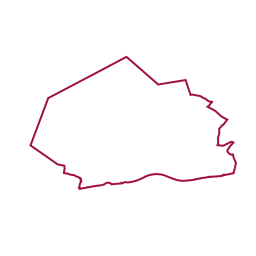 the district of Borsele, Zeeland, Netherlands, rotated 166°
{"feature_id": "6326949B66148717783622", "entity_name": "Borsele", "entity_type": "district", "adm_level": 2, "iso_a3": "NLD", "parent_name": "Netherlands", "parent_adm1": "Zeeland", "projection": "natural_earth1", "projection_center": [3.797, 51.429], "detail": "fine", "context": "isolated", "style": "outline", "palette": "rose", "viewbox_px": 256, "rotation_deg": 166, "n_neighbors": 0, "source": "geoboundaries", "source_scale": "gbopen_adm2", "svg_char_len": 4378}
<svg xmlns="http://www.w3.org/2000/svg" viewBox="0 0 256 256"><g transform="rotate(166 128 128)"><path d="M226.8,134.7L205.1,109.8L204.8,109.6L204.5,109.5L200.9,107.7L199.1,106.9L198.9,106.8L198.9,106.3L199.0,105.8L199.3,103.9L200.0,102.4L200.1,102.1L200.4,101.5L200.5,101.4L200.6,101.2L201.1,99.9L200.9,99.8L200.4,99.5L200.0,99.3L199.7,99.1L199.4,99.1L198.2,98.6L197.9,98.5L197.5,98.3L197.2,98.1L196.0,97.2L195.9,97.1L195.3,96.8L194.7,96.5L194.4,96.3L193.0,95.8L192.7,95.7L192.1,95.6L190.8,94.5L190.5,94.2L190.3,94.1L189.8,93.4L189.7,93.3L189.6,93.2L189.0,92.9L188.7,92.8L188.4,92.6L188.1,92.3L188.0,92.2L186.8,91.4L186.7,91.2L186.8,90.9L186.9,90.7L185.8,89.8L185.8,89.7L186.2,89.2L186.4,88.9L186.5,88.7L186.7,88.2L186.7,87.9L186.4,87.8L186.4,87.7L186.3,87.4L186.5,87.3L186.8,87.1L187.0,87.0L187.2,86.8L187.2,86.7L187.3,86.6L187.6,86.1L188.0,85.5L188.2,85.4L188.3,85.1L188.9,83.8L189.6,82.6L189.7,82.4L190.0,82.1L189.7,81.9L189.1,81.5L189.6,80.7L188.7,80.6L186.1,80.4L182.9,80.2L182.7,80.2L182.3,80.3L182.3,80.2L177.6,79.9L176.0,79.8L175.0,79.7L173.9,79.6L172.3,79.5L171.3,79.3L169.1,79.1L167.9,79.0L167.0,78.9L166.5,78.9L166.2,78.9L165.7,78.9L165.2,79.0L164.6,79.1L164.4,79.1L164.1,79.3L163.5,79.5L163.3,79.6L163.2,79.7L162.9,79.7L162.5,79.8L162.2,79.8L161.9,79.9L161.5,79.9L161.2,79.8L160.6,79.8L160.4,79.7L160.1,79.6L159.7,79.5L159.5,79.4L159.1,79.2L158.8,79.0L158.6,78.8L158.4,78.6L158.2,78.5L158.1,78.3L158.0,78.1L157.8,77.8L157.8,77.7L157.7,77.4L154.5,76.9L150.8,76.3L149.0,76.1L147.3,75.8L147.3,75.7L147.2,75.7L147.2,75.8L147.1,75.7L146.9,75.7L146.9,75.8L146.1,76.0L145.5,76.1L145.0,76.1L144.5,76.1L143.9,76.1L143.4,76.1L143.2,76.0L142.9,76.0L142.4,75.7L141.9,75.4L141.7,75.3L141.4,75.2L140.9,75.1L140.4,75.1L138.8,75.0L137.7,74.9L137.2,74.9L136.7,74.9L135.6,74.8L135.1,74.8L134.1,74.8L133.5,74.9L132.5,74.9L132.0,75.0L131.4,75.0L130.8,75.1L130.7,75.0L130.4,75.1L129.9,75.2L128.8,75.4L127.8,75.5L126.3,75.8L125.8,76.0L123.6,76.4L123.6,76.5L123.1,76.7L122.2,76.8L121.6,76.8L121.1,76.9L120.5,76.9L119.8,77.0L119.5,77.1L118.4,77.1L117.8,77.1L117.7,77.1L117.3,77.1L116.7,77.1L116.2,77.1L115.7,77.0L115.1,77.0L114.6,76.9L114.2,76.9L113.9,76.8L112.5,76.6L111.9,76.5L111.4,76.3L110.9,76.2L110.4,76.1L109.9,75.9L109.4,75.7L109.0,75.6L108.4,75.4L107.4,75.0L106.9,74.8L106.0,74.3L105.1,73.8L104.3,73.3L104.0,73.2L103.1,72.5L103.0,72.4L102.9,72.3L102.6,72.2L101.9,71.6L99.9,70.2L98.7,69.4L97.1,68.2L96.3,67.7L95.9,67.4L95.4,67.2L94.0,66.3L93.7,66.0L93.4,65.9L92.5,65.4L92.1,65.2L91.6,65.0L91.2,64.8L90.7,64.6L90.3,64.4L89.3,64.0L88.8,63.9L88.3,63.7L87.9,63.6L87.4,63.5L86.9,63.3L85.8,63.1L84.8,62.9L82.7,62.6L82.3,62.7L82.2,62.5L81.2,62.4L80.1,62.2L79.6,62.1L79.2,62.1L78.6,62.0L77.5,61.9L77.0,61.9L76.5,61.8L75.1,61.8L75.0,62.1L72.2,61.7L72.0,61.8L71.7,61.8L71.5,61.7L70.5,61.6L69.0,61.6L68.5,61.5L68.1,61.5L66.4,61.4L66.0,61.2L65.3,61.2L64.8,61.1L63.9,61.1L61.1,61.0L61.2,60.8L60.6,60.7L59.0,60.5L57.9,60.3L56.4,60.1L54.3,59.7L53.3,59.5L52.2,59.3L51.7,59.3L51.2,59.2L49.6,59.0L48.6,58.9L47.8,58.9L47.8,59.1L47.0,59.2L46.5,59.2L46.5,59.6L46.2,59.6L46.1,59.1L45.4,59.0L42.2,58.8L41.3,58.8L38.5,58.7L36.5,58.6L36.4,59.3L36.1,59.3L36.0,59.5L32.3,66.7L32.3,66.9L31.7,68.2L32.1,70.1L32.1,70.3L32.3,71.4L32.7,74.2L32.5,76.8L33.0,76.9L33.4,77.0L33.8,77.1L34.1,77.2L34.6,77.4L34.9,77.6L35.1,77.7L35.3,77.9L35.4,78.0L35.6,78.2L35.8,78.3L35.9,78.5L36.0,78.7L36.2,79.0L36.3,79.2L37.1,81.0L37.2,81.3L37.2,81.5L37.2,81.8L37.1,82.0L36.9,82.3L36.8,82.5L36.4,82.9L36.0,83.2L33.1,85.9L29.2,88.3L30.1,89.2L30.3,89.3L30.5,89.5L30.9,89.6L31.0,89.6L31.3,89.6L31.5,89.6L39.3,87.9L39.5,87.9L39.8,87.9L40.0,87.9L40.4,87.9L40.6,88.0L40.9,88.1L45.3,89.7L45.0,90.1L44.1,91.8L43.6,94.0L43.2,96.3L41.9,98.7L41.7,99.0L40.7,100.9L40.0,103.7L39.7,105.2L35.8,107.9L35.7,107.9L35.1,108.0L34.9,108.0L34.7,108.1L29.7,112.1L34.4,116.4L34.8,116.9L39.3,123.6L39.4,123.8L45.7,129.4L44.2,130.1L43.6,130.4L43.0,130.9L40.1,132.9L40.4,133.2L40.8,133.4L41.2,133.6L42.1,133.9L42.7,134.1L43.0,134.2L43.1,134.3L43.5,134.6L44.0,135.3L45.5,137.3L45.7,137.6L46.1,137.9L46.4,138.1L47.6,138.9L48.1,139.3L48.4,139.7L49.7,141.1L50.1,141.4L50.5,141.7L50.7,141.8L51.7,142.2L52.8,142.7L53.8,143.1L55.4,143.9L57.4,144.8L57.7,144.9L58.0,145.0L58.4,145.1L58.6,145.0L59.1,145.0L59.3,145.0L60.5,160.6L88.2,162.9L105.0,187.0L112.3,197.4L160.6,185.5L198.2,176.3L208.4,161.4L226.8,134.7Z" fill="none" stroke="#9f1239" stroke-width="2"/></g></svg>